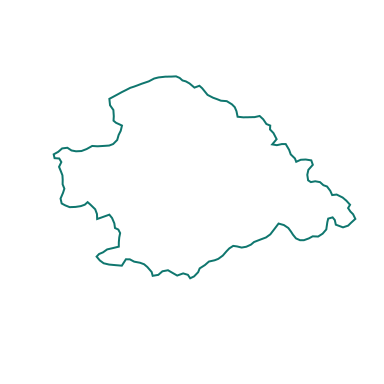 the district of Itariri, São Paulo, Brazil, rotated 231°
{"feature_id": "56859067B88746346825821", "entity_name": "Itariri", "entity_type": "district", "adm_level": 2, "iso_a3": "BRA", "parent_name": "Brazil", "parent_adm1": "São Paulo", "projection": "robinson", "projection_center": [-47.132, -24.286], "detail": "fine", "context": "isolated", "style": "outline", "palette": "teal", "viewbox_px": 384, "rotation_deg": 231, "n_neighbors": 0, "source": "geoboundaries", "source_scale": "gbopen_adm2", "svg_char_len": 2447}
<svg xmlns="http://www.w3.org/2000/svg" viewBox="0 0 384 384"><g transform="rotate(231 192 192)"><path d="M208.5,292.4L210.8,287.8L214.2,283.4L217.8,278.8L221.8,274.8L226.8,277.4L231.0,278.6L235.0,278.2L240.7,276.2L244.8,271.9L248.2,270.0L252.0,267.7L257.7,265.2L262.6,265.2L266.3,265.2L269.9,264.6L271.6,259.6L277.9,258.4L281.9,256.8L284.7,254.8L288.4,254.2L291.9,252.4L294.9,248.3L298.3,244.0L302.1,238.1L304.0,234.0L305.2,228.0L307.8,221.0L309.2,216.7L310.4,213.2L311.8,209.6L312.8,204.8L313.8,200.3L314.7,195.3L316.4,186.4L311.0,182.9L305.2,182.5L300.1,178.9L296.8,175.9L293.6,176.5L290.6,178.0L287.7,179.4L284.4,175.1L282.5,170.9L279.5,166.6L278.9,160.9L280.2,156.9L283.0,152.9L287.0,147.3L290.6,143.4L291.7,137.1L293.4,131.9L296.6,127.5L300.1,124.5L304.8,123.0L307.6,118.5L307.4,113.3L308.3,108.2L304.8,106.5L301.6,109.9L297.5,109.3L295.2,104.5L290.5,103.1L286.5,101.8L283.0,99.3L279.4,96.3L274.9,94.9L272.5,91.2L269.6,85.7L265.1,83.5L261.3,85.1L257.2,87.4L253.7,92.1L251.0,96.7L249.6,100.7L249.8,104.5L246.2,105.1L239.5,105.9L234.7,104.3L230.7,101.3L229.2,105.5L226.4,113.5L222.1,113.5L216.5,111.9L212.5,109.5L209.2,111.1L205.3,110.3L202.5,106.9L199.1,103.6L195.6,100.7L198.6,94.4L200.8,89.9L201.1,84.9L202.3,80.7L201.8,77.2L196.8,77.3L192.2,78.5L187.8,81.9L183.9,85.9L178.9,91.1L181.3,98.3L178.8,101.3L174.3,103.2L169.7,107.1L166.0,109.3L161.8,110.1L155.2,110.3L151.6,108.7L148.8,113.7L149.0,119.1L146.3,124.1L142.6,125.5L136.4,127.9L134.3,133.9L130.2,136.7L126.1,136.3L125.1,140.5L125.8,146.3L127.8,149.9L127.1,156.1L127.3,161.4L124.7,166.6L123.5,170.3L123.2,175.9L124.2,181.5L124.7,185.5L124.2,190.1L121.3,192.8L117.6,195.6L115.3,199.7L114.0,204.7L114.1,208.7L112.0,215.2L110.1,220.9L109.8,226.2L111.3,232.5L113.0,239.4L108.5,242.6L103.4,244.2L99.0,244.0L95.3,243.6L90.5,243.6L86.6,245.6L84.1,248.7L82.4,253.6L81.6,257.9L78.0,262.0L77.4,267.3L78.4,272.8L83.4,278.2L85.6,281.1L83.8,285.3L80.3,285.3L76.1,283.2L69.5,287.1L67.6,292.2L68.0,296.3L68.3,302.0L73.3,303.2L77.1,302.8L81.3,303.2L82.6,306.8L88.0,306.5L92.9,305.6L99.0,302.8L101.4,299.0L105.9,300.2L111.3,300.4L114.6,298.4L119.1,297.7L122.8,294.5L124.9,290.6L128.0,289.6L132.8,292.4L136.0,296.4L137.1,303.0L141.5,304.6L145.7,300.8L148.6,296.8L149.9,292.0L153.3,293.1L159.1,292.4L163.6,294.0L170.3,295.0L172.7,292.0L175.0,287.4L178.5,284.3L179.8,291.0L186.5,292.4L191.5,292.0L194.4,294.6L198.0,292.6L203.7,293.1L208.5,292.4Z" fill="none" stroke="#0f766e" stroke-width="2"/></g></svg>